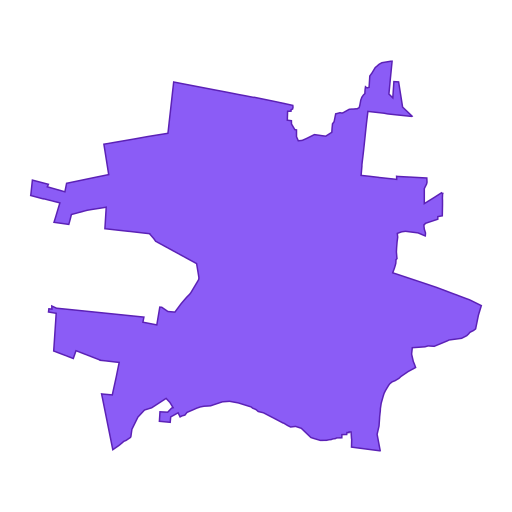 outline of Cacalchén, Yucatán, Mexico
{"feature_id": "50627088B30008490692621", "entity_name": "Cacalchén", "entity_type": "district", "adm_level": 2, "iso_a3": "MEX", "parent_name": "Mexico", "parent_adm1": "Yucatán", "projection": "orthographic", "projection_center": [-89.242, 20.984], "detail": "fine", "context": "isolated", "style": "filled", "palette": "violet", "viewbox_px": 512, "rotation_deg": 0, "n_neighbors": 0, "source": "geoboundaries", "source_scale": "gbopen_adm2", "svg_char_len": 4560}
<svg xmlns="http://www.w3.org/2000/svg" viewBox="0 0 512 512"><path d="M32.4,180.1L30.9,194.2L30.7,195.5L43.3,198.9L43.5,198.7L59.9,202.9L58.3,208.1L55.8,216.5L54.0,222.3L68.8,224.4L70.2,219.3L71.4,214.5L85.1,210.8L87.5,210.2L92.9,209.3L99.4,208.3L106.2,207.2L106.1,209.2L104.9,228.7L120.0,230.4L129.2,231.4L129.6,231.4L143.4,233.0L149.7,233.7L149.7,233.9L149.7,234.0L149.8,234.1L150.0,234.2L150.1,234.4L153.7,238.5L153.9,238.7L153.9,238.8L155.7,241.3L196.6,263.6L198.1,272.6L198.9,277.6L198.8,279.0L198.5,279.9L190.8,292.8L189.6,294.3L186.7,297.2L181.2,303.6L174.9,312.1L167.9,311.5L161.8,307.3L159.8,307.1L156.8,324.9L142.9,322.2L143.9,317.1L71.5,309.7L56.5,308.2L51.8,306.0L51.9,309.1L48.9,308.8L48.5,312.0L56.2,313.3L53.7,351.0L73.3,358.5L76.0,350.7L99.2,359.7L100.1,360.0L100.1,360.3L105.2,360.8L109.4,361.3L115.3,362.0L119.2,362.4L118.0,368.2L116.2,377.1L112.3,394.9L103.2,394.1L101.6,393.9L112.8,449.7L118.6,445.7L120.0,444.6L124.0,441.2L125.9,440.5L127.4,439.5L130.5,437.4L130.9,436.4L131.9,429.3L137.9,417.1L144.5,410.0L151.6,407.8L151.8,407.7L166.1,398.4L169.9,402.4L173.1,407.7L171.6,408.1L167.7,412.2L160.0,411.8L159.4,421.3L170.2,422.3L170.7,416.9L178.1,412.8L180.1,416.9L181.9,415.9L184.9,415.1L187.0,412.4L192.8,409.9L196.6,408.2L200.4,406.9L204.2,406.2L208.0,406.0L210.6,405.8L213.5,404.8L222.5,401.8L229.6,401.3L233.3,402.0L238.3,402.9L246.9,405.6L251.1,406.9L252.7,408.2L254.5,408.9L256.2,409.7L258.2,411.5L261.9,412.4L263.5,412.8L278.1,420.4L283.0,423.0L283.7,423.1L287.6,425.5L290.6,427.0L295.6,426.4L301.3,428.3L310.9,437.5L313.9,438.5L320.4,440.4L326.5,440.3L329.2,439.7L331.1,439.6L332.8,438.9L335.4,438.6L336.6,437.9L341.8,437.8L341.9,434.6L346.7,434.5L347.0,432.5L349.0,432.6L349.1,431.9L351.1,432.0L351.4,436.8L351.5,438.4L351.7,439.2L351.5,447.1L357.5,447.9L379.8,450.8L380.2,450.7L377.1,434.3L379.0,426.1L379.1,424.8L379.6,417.9L379.6,417.2L380.0,413.4L380.3,410.8L380.4,408.5L381.2,403.2L383.2,396.1L384.1,393.3L385.5,390.5L388.5,385.5L389.8,383.7L392.2,381.8L395.0,380.7L399.0,378.3L400.9,376.5L408.2,371.5L415.6,367.5L414.5,364.4L413.3,361.5L411.6,354.1L412.3,347.7L425.0,346.8L428.1,345.9L434.2,346.3L444.1,342.2L447.5,340.8L449.0,340.0L461.6,338.3L466.7,335.7L468.6,333.9L469.8,332.4L471.3,331.6L473.5,330.5L475.6,328.9L476.5,324.5L478.4,315.2L480.9,307.0L481.2,305.9L481.3,305.6L473.0,301.5L471.2,300.6L469.3,299.7L465.7,298.4L458.8,295.8L456.8,295.0L453.7,293.9L450.8,292.8L448.4,291.9L436.5,287.4L428.8,284.8L414.1,279.9L408.4,278.0L397.6,274.4L392.7,272.8L394.3,268.5L395.2,265.6L395.8,263.3L396.0,259.7L397.0,258.6L396.8,256.9L396.7,255.6L396.4,251.9L396.6,247.8L397.1,241.6L397.3,240.3L397.7,237.1L397.3,233.4L401.7,231.8L405.5,231.3L418.1,232.9L424.9,235.8L425.3,235.9L425.4,234.5L425.5,233.0L424.7,230.4L424.3,229.1L424.1,227.5L423.9,225.9L424.1,224.6L424.6,224.5L425.3,223.4L427.9,222.5L437.8,219.2L437.8,216.6L442.3,215.8L442.5,205.0L442.5,202.1L442.5,200.4L442.4,198.0L442.5,196.0L442.5,194.6L442.8,193.4L441.8,193.2L441.5,192.8L433.7,197.8L424.3,203.6L424.3,203.4L424.3,203.2L424.3,190.5L424.3,188.6L426.6,184.0L427.0,182.2L426.8,178.0L410.4,177.1L406.1,176.9L397.1,176.4L396.6,176.3L396.7,179.4L394.8,179.2L394.1,179.1L381.1,177.7L379.0,177.5L378.8,177.4L371.2,176.5L370.5,176.4L361.1,175.4L361.9,166.3L361.9,164.8L362.2,162.1L362.9,156.4L363.6,150.3L364.2,144.8L365.8,129.5L366.5,123.0L367.9,111.4L384.0,113.2L387.6,113.9L396.9,114.9L411.5,116.4L411.8,116.4L412.1,116.2L402.6,107.1L400.6,94.5L398.6,81.9L393.9,81.6L392.8,97.9L388.9,94.0L389.6,86.8L390.1,81.4L392.1,61.2L391.0,61.2L381.9,62.7L379.2,64.2L375.2,67.6L372.1,72.8L370.1,75.6L369.9,75.9L369.8,76.0L369.1,87.3L367.1,87.9L366.2,87.4L365.5,86.8L365.1,89.5L364.9,92.3L364.9,93.6L363.5,94.9L361.8,97.3L361.3,98.8L360.8,100.0L359.9,104.9L359.2,107.6L357.1,108.8L355.9,108.8L353.1,109.1L351.4,109.1L349.2,109.3L346.9,110.6L344.4,112.0L343.4,112.6L342.8,112.8L342.1,113.1L340.0,112.7L337.1,113.5L335.7,113.8L334.1,121.7L332.5,123.8L332.3,126.0L332.1,127.9L331.8,132.3L325.7,136.2L314.4,134.6L306.3,138.6L302.2,140.4L298.3,140.8L296.5,136.7L296.5,129.9L294.8,129.6L291.5,124.0L291.4,120.7L287.3,120.2L287.6,111.3L291.0,111.2L291.1,109.7L292.6,109.0L293.0,107.2L292.8,105.4L288.8,104.5L273.4,101.2L254.4,97.3L253.8,97.3L253.6,97.4L245.5,95.8L239.5,94.7L236.4,94.1L234.0,93.6L223.2,91.5L215.2,90.0L182.9,83.8L173.7,82.0L172.7,90.7L171.7,99.8L169.1,122.8L169.0,123.8L168.2,131.0L167.9,133.3L148.0,136.5L133.6,139.1L103.9,144.2L108.7,174.6L97.8,176.8L66.6,183.3L64.9,191.8L47.3,186.8L48.4,184.3L32.4,180.1Z" fill="#8b5cf6" stroke="#5b21b6" stroke-width="1.5"/></svg>